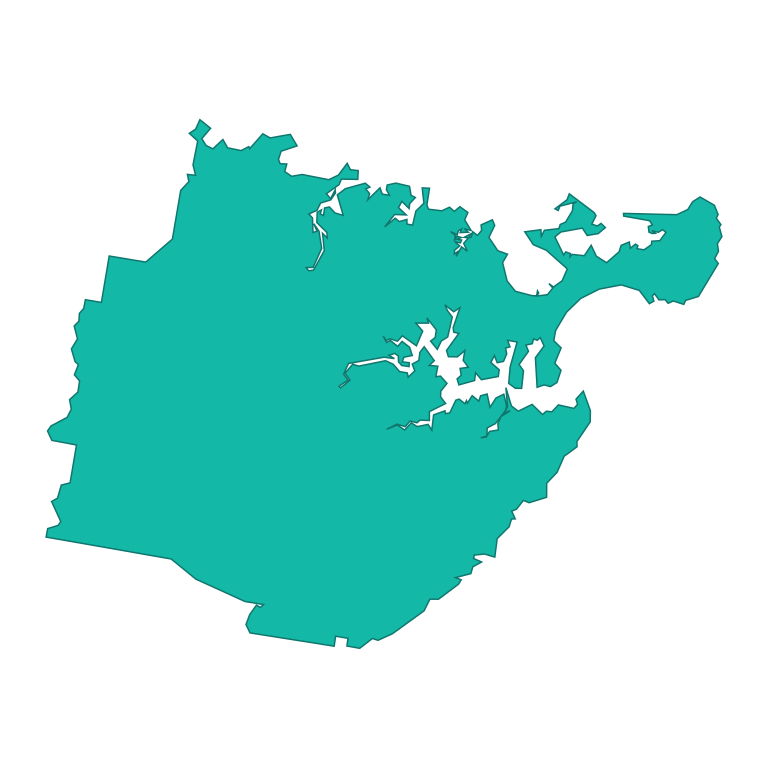 Sutherland, New South Wales, Australia
{"feature_id": "25037944B61744382554137", "entity_name": "Sutherland", "entity_type": "district", "adm_level": 2, "iso_a3": "AUS", "parent_name": "Australia", "parent_adm1": "New South Wales", "projection": "orthographic", "projection_center": [151.117, -34.072], "detail": "fine", "context": "isolated", "style": "filled", "palette": "teal", "viewbox_px": 768, "rotation_deg": 0, "n_neighbors": 0, "source": "geoboundaries", "source_scale": "gbopen_adm2", "svg_char_len": 6104}
<svg xmlns="http://www.w3.org/2000/svg" viewBox="0 0 768 768"><path d="M46.1,537.1L171.2,559.0L195.8,579.1L245.0,601.5L263.5,604.6L260.4,607.4L256.4,605.2L249.7,614.6L246.0,624.5L250.0,632.9L334.2,646.2L335.6,636.2L348.0,638.3L346.9,646.0L359.7,648.3L372.4,638.5L378.0,640.3L392.3,633.8L424.1,610.8L429.9,599.2L438.5,599.2L458.5,584.2L461.2,579.8L455.5,577.6L470.9,573.6L472.8,566.8L481.6,562.0L473.6,558.5L474.3,555.1L484.5,554.0L494.8,557.1L497.2,538.6L509.1,526.8L511.5,519.0L515.2,518.9L511.7,511.1L516.4,509.3L523.4,500.4L529.1,502.7L546.6,497.3L546.7,483.2L557.1,472.3L564.2,456.2L577.0,446.8L576.9,441.6L590.2,421.9L590.4,410.7L583.3,391.1L576.0,399.2L577.6,404.2L574.0,408.4L558.4,404.9L551.9,411.8L546.4,411.2L542.5,414.5L532.1,404.4L518.2,411.2L511.4,405.9L505.9,387.7L507.5,406.8L504.5,412.8L510.3,410.7L501.1,416.4L497.9,423.5L498.3,430.0L489.6,431.4L486.3,437.0L480.7,437.8L486.9,436.0L487.2,427.9L495.4,423.6L505.2,410.9L506.7,406.3L503.8,394.2L496.0,398.0L490.0,407.3L487.1,394.0L480.6,395.8L478.8,401.1L472.2,395.7L467.4,403.2L466.5,400.6L464.9,403.7L459.1,399.1L455.8,400.2L449.8,412.9L445.3,413.6L445.0,410.8L433.6,414.9L431.8,430.2L428.1,424.4L417.2,426.6L411.2,422.8L404.7,430.0L397.3,425.0L386.7,429.3L397.1,424.1L405.2,426.7L410.0,421.0L417.0,422.8L420.1,420.1L429.4,420.5L429.4,411.6L445.6,403.5L440.6,396.9L440.8,391.2L447.0,383.4L440.5,376.1L435.8,376.7L437.8,366.2L429.2,365.4L434.3,360.7L424.2,346.7L419.9,352.4L418.8,360.5L412.2,364.1L414.8,370.8L408.2,377.2L407.3,372.9L399.6,371.6L393.2,364.2L385.5,360.7L358.9,366.1L352.7,364.3L345.0,373.2L350.0,380.2L340.5,387.9L339.1,386.2L347.9,380.1L343.6,374.1L348.5,363.5L384.1,357.2L394.4,358.6L388.9,355.3L394.7,353.4L398.3,355.9L398.5,361.8L401.7,365.5L409.1,366.6L409.2,362.7L402.2,361.9L403.9,357.2L412.3,355.5L409.6,347.3L402.1,341.4L397.7,346.4L390.4,340.5L386.6,342.5L383.2,336.0L386.2,340.5L390.2,338.8L397.5,341.2L402.4,335.8L416.4,345.8L422.7,331.1L415.8,323.1L428.5,323.1L426.8,317.8L436.3,329.8L435.2,337.5L430.6,341.1L437.3,349.4L441.3,341.0L447.7,337.0L452.3,317.1L447.7,311.0L444.9,304.8L453.7,311.8L460.0,307.6L453.2,327.6L453.7,332.2L458.8,333.4L446.5,350.5L448.4,356.7L457.3,356.9L464.9,350.5L463.2,360.4L468.3,367.3L460.1,368.4L461.2,375.3L457.1,378.9L458.9,384.9L474.6,380.5L475.6,372.7L481.4,379.7L498.3,376.5L499.2,369.8L490.9,362.5L494.4,355.6L497.2,362.7L503.5,361.4L506.7,353.9L505.6,348.0L510.0,346.9L507.6,340.3L517.1,342.0L510.1,367.1L508.7,383.4L515.2,388.2L521.6,388.4L523.5,370.8L519.1,364.5L528.5,351.3L525.9,345.1L532.3,343.7L533.5,338.9L537.2,340.3L540.3,337.7L544.1,346.0L535.4,357.7L537.1,387.3L544.1,384.9L550.5,386.6L557.0,382.5L561.0,370.3L554.8,363.2L561.1,347.9L553.8,340.7L555.6,330.5L566.5,312.2L580.8,298.4L599.3,289.1L621.3,284.9L639.3,290.4L649.4,303.7L653.9,301.1L652.4,295.8L654.5,293.7L659.0,299.9L665.1,299.6L668.1,303.3L673.3,301.0L683.8,304.4L685.6,300.4L698.4,296.5L718.3,263.5L714.6,258.7L718.5,251.3L717.4,243.7L721.9,236.6L719.3,227.1L720.9,224.6L716.3,218.2L718.1,214.5L714.3,205.2L700.1,197.0L692.7,201.7L687.8,209.5L676.8,214.7L623.5,213.4L623.7,216.1L649.6,220.7L652.4,224.9L648.3,226.5L649.0,232.2L652.3,233.5L655.3,233.3L652.1,230.7L658.2,232.3L662.6,229.7L666.0,232.3L659.8,240.7L651.8,241.2L651.4,244.7L644.0,249.8L637.0,248.7L637.9,245.6L635.4,244.1L630.3,248.3L629.3,242.0L621.1,245.4L619.1,251.8L606.6,262.7L596.3,256.2L591.2,245.3L584.3,255.7L572.0,254.4L570.1,256.7L570.3,253.5L565.7,251.9L563.7,255.1L554.9,236.9L560.9,232.0L582.4,228.1L587.2,235.5L598.2,233.6L605.4,227.6L601.0,223.4L597.3,226.0L591.8,224.1L596.0,215.7L594.2,212.6L569.3,193.8L567.1,199.7L555.0,208.8L558.2,210.5L559.9,206.2L576.7,201.8L573.1,203.8L572.4,210.8L565.6,222.1L560.2,224.5L558.9,228.6L544.4,230.3L541.3,236.3L540.9,229.7L524.8,231.8L533.3,244.7L546.4,250.3L567.3,268.9L562.1,280.8L553.5,287.0L548.9,283.6L552.8,288.0L547.5,294.7L536.9,296.0L538.7,293.0L537.5,290.9L536.6,295.8L531.8,295.6L515.4,291.3L507.1,281.0L502.6,262.6L507.5,254.2L497.8,250.7L488.9,237.4L494.7,225.4L492.4,219.8L481.1,224.9L481.6,230.4L477.5,235.4L472.9,231.8L471.2,237.1L468.9,237.7L470.7,233.9L464.2,237.3L468.3,238.0L463.7,243.4L467.3,251.3L461.6,246.9L456.2,256.4L457.4,251.8L454.4,253.9L454.5,250.3L459.7,245.9L454.6,241.6L460.4,242.9L461.6,240.0L456.9,239.2L461.4,237.5L456.8,236.2L454.3,240.8L455.3,235.5L450.6,231.6L457.3,234.7L458.3,230.8L461.7,229.0L460.1,232.6L468.3,232.2L464.3,228.7L471.1,230.5L464.7,219.8L467.9,212.5L459.9,206.7L454.3,211.4L449.5,207.2L441.8,210.8L428.5,209.2L426.9,205.0L429.5,188.2L422.2,187.9L423.9,203.2L415.9,211.1L412.6,225.1L407.0,224.1L406.9,219.4L399.3,221.6L395.2,218.2L384.7,226.9L394.6,214.5L406.2,214.9L398.5,207.6L401.9,201.4L409.1,208.5L409.7,203.6L415.4,197.5L411.1,195.4L409.5,186.3L395.8,183.1L387.2,185.0L386.4,189.6L389.5,195.3L382.2,194.1L380.0,187.8L367.8,199.8L369.6,193.6L365.7,188.9L369.9,187.1L365.3,183.2L345.3,188.7L337.3,194.9L343.2,215.4L334.9,212.9L329.5,207.0L324.6,207.9L323.5,215.5L320.3,214.0L321.4,209.9L317.2,212.3L316.8,222.5L326.9,232.5L327.3,238.0L322.5,233.3L324.3,250.6L313.5,270.1L308.7,270.8L306.2,267.6L313.1,267.4L321.7,248.4L319.0,231.2L313.8,223.7L317.0,231.1L313.0,232.6L312.5,217.9L308.8,214.0L317.0,210.3L320.6,203.0L330.8,199.9L335.4,193.0L335.2,189.8L330.6,198.7L326.4,193.7L339.1,184.6L341.4,179.1L357.8,179.4L358.2,170.6L350.4,169.7L347.2,163.3L338.4,175.1L328.8,179.7L302.2,174.5L291.7,176.3L284.7,171.6L286.8,164.0L280.1,163.7L278.5,159.4L281.1,151.2L297.1,145.9L290.3,134.4L270.1,137.9L262.8,133.8L249.7,148.7L248.8,146.6L241.1,150.6L227.6,147.8L222.9,139.5L212.9,148.8L206.1,145.5L201.8,138.6L210.6,128.3L199.9,119.7L195.6,129.2L189.3,133.3L197.7,141.0L193.0,164.9L195.6,175.3L187.4,174.4L188.9,181.6L180.7,190.4L172.4,239.1L145.7,262.1L109.2,256.0L101.4,302.4L85.4,299.7L83.7,308.5L79.4,313.4L78.9,321.2L74.2,326.0L77.5,338.9L71.4,348.9L75.1,361.7L78.4,364.6L74.4,374.8L79.6,380.9L77.9,392.1L69.6,399.6L71.3,409.2L67.1,417.4L51.1,425.9L47.5,431.0L51.9,440.4L76.5,445.0L70.1,482.8L61.3,485.1L57.5,498.2L51.6,501.5L60.8,521.6L58.1,525.4L47.7,528.6L46.1,537.1Z" fill="#14b8a6" stroke="#0f766e" stroke-width="1.5"/></svg>